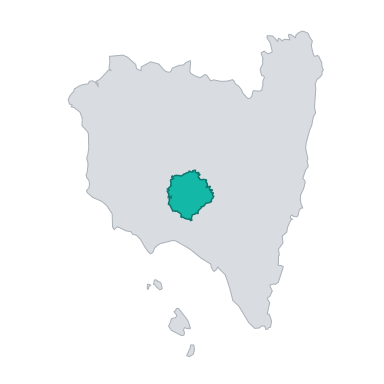 where Cuenca sits in Spain, rotated 92°
{"feature_id": "ESP-5818", "entity_name": "Cuenca", "entity_type": "Autonomous Community", "adm_level": 1, "iso_a3": "ESP", "parent_name": "Spain", "parent_adm1": "", "projection": "orthographic", "projection_center": [-2.034, 39.943], "detail": "fine", "context": "in_parent", "style": "filled", "palette": "teal", "viewbox_px": 384, "rotation_deg": 92, "n_neighbors": 0, "source": "natural_earth", "source_scale": "10m", "svg_char_len": 6403}
<svg xmlns="http://www.w3.org/2000/svg" viewBox="0 0 384 384"><g transform="rotate(92 192 192)"><path d="M204.1,80.8L204.1,81.9L206.0,84.1L211.8,85.3L213.2,86.2L213.0,89.1L211.6,91.7L212.8,92.8L214.2,92.8L215.9,90.7L216.2,92.0L218.9,93.3L224.6,95.5L228.7,95.8L233.0,100.3L239.8,99.3L246.1,103.6L251.9,102.5L253.2,103.3L262.2,103.2L262.6,99.6L263.6,98.1L279.3,102.6L281.4,105.6L281.1,107.1L282.1,110.7L284.1,110.5L288.1,108.3L293.6,110.6L295.1,112.7L296.2,112.8L300.1,110.5L311.1,112.5L311.4,110.8L312.1,110.3L316.6,108.5L318.4,108.0L324.3,108.8L325.1,110.9L326.3,111.6L326.9,113.3L323.6,114.6L323.4,117.6L325.6,120.1L326.1,124.6L320.6,130.7L304.3,141.3L299.0,147.4L286.6,151.0L273.7,155.8L266.1,163.8L268.1,164.4L270.6,167.0L269.8,168.2L266.5,170.1L263.4,170.7L257.9,180.5L250.2,190.6L247.4,195.2L241.3,206.9L241.3,210.2L244.7,221.7L246.5,224.7L249.1,227.2L253.9,229.2L255.2,231.3L253.6,233.4L248.8,237.1L240.6,242.2L237.1,246.1L236.4,249.8L233.9,251.5L233.1,256.7L229.8,264.0L229.6,265.9L232.3,268.5L229.7,270.2L216.7,271.0L208.6,276.7L204.6,281.7L200.9,291.0L196.4,296.5L194.4,297.5L191.4,295.1L187.5,294.7L183.8,295.5L181.8,297.4L178.8,298.5L175.8,297.5L169.3,296.9L166.5,297.0L162.0,298.5L158.1,297.4L151.7,296.7L137.6,297.6L135.8,298.2L129.4,304.3L122.5,304.2L116.3,306.6L111.9,312.5L111.0,315.8L109.8,314.9L108.9,315.2L108.3,317.6L103.9,319.0L99.2,316.8L95.3,313.6L93.2,313.3L90.0,308.4L88.7,305.3L87.8,302.0L87.8,299.8L84.9,298.3L84.3,295.3L86.7,291.5L89.7,289.5L86.9,289.6L84.9,292.0L82.6,287.9L72.8,279.5L73.5,276.8L71.7,278.8L70.5,279.3L65.3,278.6L59.3,279.2L57.6,265.9L59.3,261.4L66.5,252.7L70.7,251.7L72.6,247.2L68.8,247.2L63.3,237.8L65.3,229.6L71.6,223.7L72.8,221.2L73.1,218.9L72.1,217.2L68.9,216.1L65.9,209.3L65.4,205.1L62.8,202.6L60.8,198.4L62.8,197.9L71.2,198.4L73.3,197.5L75.0,194.8L76.8,190.4L77.4,187.6L74.3,183.5L74.2,182.7L74.8,181.4L80.1,177.3L79.2,174.0L80.4,167.2L80.2,163.2L79.8,159.9L78.3,155.5L79.6,153.8L82.3,152.5L84.5,149.2L87.7,146.4L91.8,144.3L96.7,139.4L96.1,137.1L94.6,135.7L88.9,134.5L88.6,133.4L88.9,127.9L87.5,125.6L85.5,125.7L82.4,124.6L81.6,125.2L77.6,124.8L74.9,123.6L73.7,124.4L73.2,126.3L68.4,128.1L65.8,127.8L61.5,125.8L56.6,126.1L56.0,125.6L51.7,127.6L50.3,127.6L48.7,124.8L51.3,120.9L49.6,117.1L48.3,116.8L40.3,119.0L35.5,122.3L33.7,122.6L33.1,121.9L33.3,116.8L38.4,111.7L35.5,111.1L35.8,109.5L37.9,107.1L36.1,105.1L36.5,99.6L32.2,101.0L31.1,100.7L31.3,98.5L34.2,94.2L31.5,93.5L29.6,91.7L27.4,87.9L27.5,86.0L29.3,81.6L33.1,79.8L36.9,77.0L41.7,77.9L49.2,75.9L51.8,74.7L51.9,72.8L51.1,71.3L52.0,70.1L58.2,66.8L61.7,66.6L65.5,65.0L67.8,66.3L70.0,66.1L72.3,67.6L75.3,71.1L80.0,72.7L83.8,71.9L103.1,72.5L108.7,71.2L112.8,73.4L121.0,74.6L125.9,76.5L139.6,79.7L144.6,79.9L154.6,77.4L157.3,78.1L161.4,76.8L163.3,77.1L165.7,79.1L174.5,81.8L176.8,79.6L178.6,79.2L184.9,80.6L191.3,83.4L194.6,83.6L199.4,82.8L204.1,80.8ZM327.8,194.7L330.3,195.7L332.7,194.6L334.1,194.8L335.4,195.2L335.9,197.3L331.1,207.7L326.9,210.7L322.4,208.8L319.9,208.4L319.1,207.6L318.3,204.4L317.2,203.4L315.5,203.0L312.2,205.8L311.1,204.1L309.5,203.9L308.8,202.9L308.8,201.5L318.7,193.1L321.6,191.2L327.8,188.9L328.8,189.1L328.0,190.3L328.9,191.4L327.8,194.7ZM356.6,188.7L355.8,191.6L347.9,188.4L345.4,188.1L344.8,187.6L344.9,184.8L349.9,184.0L354.1,185.1L356.6,188.7ZM286.5,225.1L285.7,227.2L281.8,226.6L280.9,225.8L281.7,223.5L282.7,223.2L282.8,221.6L283.9,220.0L289.3,218.4L290.5,219.5L290.8,221.0L287.7,224.6L286.5,225.1ZM290.6,233.0L290.0,233.5L285.8,233.2L285.7,231.9L286.5,230.0L288.1,231.8L290.5,232.1L290.6,233.0Z" fill="#d9dde1" stroke="#a8b0b8" stroke-width="1"/><path d="M220.2,191.2L220.6,192.4L220.3,192.7L219.3,193.2L219.1,193.4L219.1,193.6L219.3,194.0L219.3,194.5L219.3,195.0L219.3,195.5L219.2,196.0L218.8,197.7L218.6,198.2L218.5,198.5L218.2,198.9L217.6,199.9L217.6,200.2L217.5,200.5L217.7,201.2L217.7,201.5L217.6,201.8L217.4,202.0L217.2,202.1L216.8,202.3L216.3,202.3L216.1,202.2L215.9,202.1L215.5,201.9L215.2,201.9L214.8,202.0L214.3,202.4L213.8,203.0L213.6,203.2L212.7,204.9L212.5,205.3L212.2,205.6L211.9,205.8L211.8,206.2L211.7,206.3L211.7,206.5L211.8,206.6L211.8,206.8L211.8,207.0L211.8,207.3L211.8,207.5L211.8,207.8L211.9,208.0L211.7,208.2L211.7,208.3L211.7,208.7L211.5,209.2L211.4,209.5L211.4,209.8L211.5,210.0L211.8,210.4L205.8,213.7L205.1,215.1L203.2,214.9L202.1,214.3L199.5,214.6L198.6,213.2L198.8,212.8L197.0,212.5L198.1,215.5L195.0,215.1L192.0,216.8L191.2,215.0L190.5,215.1L189.9,216.6L186.4,213.0L186.0,213.5L185.0,213.5L183.7,213.1L182.6,213.7L180.6,213.8L179.4,211.2L178.4,212.6L177.1,212.7L176.7,212.2L177.4,211.4L176.5,210.1L175.9,208.7L176.1,204.5L176.5,203.2L174.3,200.6L173.9,199.2L173.2,198.4L172.8,196.8L171.9,195.8L171.2,195.5L171.9,193.7L171.9,191.9L170.8,192.0L170.1,189.9L170.3,189.3L171.5,189.3L172.0,189.1L172.4,188.8L172.7,188.6L172.8,188.3L172.8,188.1L172.7,187.9L172.6,187.7L172.4,187.2L172.3,186.8L172.2,186.5L172.3,186.3L172.6,186.4L172.8,186.0L174.0,186.5L173.9,185.2L174.5,184.7L175.7,186.0L176.6,186.4L176.8,186.4L177.1,186.2L177.3,185.9L177.5,185.3L177.7,185.1L178.8,184.9L179.0,184.7L179.4,182.9L179.0,181.0L179.3,178.3L180.2,177.9L181.4,178.7L182.4,177.5L183.7,176.9L184.4,176.9L185.0,177.0L186.6,178.0L186.7,177.9L186.8,177.8L186.9,177.6L186.9,177.4L186.8,177.2L186.7,176.9L186.2,176.6L186.0,176.3L186.0,176.1L186.2,175.5L186.2,175.4L185.8,174.8L185.7,174.5L185.8,174.1L186.2,173.9L186.9,174.8L187.0,174.9L188.6,174.2L189.4,174.4L189.6,174.4L189.7,174.1L189.6,173.7L189.0,172.8L189.0,172.5L189.0,172.2L189.2,171.9L189.4,171.8L189.7,171.8L190.2,172.1L191.1,173.0L191.4,173.0L191.6,172.9L191.9,172.6L192.0,172.3L192.1,171.9L192.1,171.0L192.2,170.7L192.5,170.6L193.2,171.1L194.0,171.4L194.5,171.3L194.9,171.2L195.1,171.0L195.2,170.8L195.4,170.2L195.7,170.2L197.2,170.8L198.5,172.1L199.4,172.5L199.7,172.5L200.4,172.2L200.7,172.2L201.0,172.4L202.0,174.3L202.8,177.7L204.0,178.6L204.7,178.9L205.2,179.3L206.2,180.7L206.3,181.2L206.3,181.5L206.2,181.8L206.3,182.2L206.4,182.3L206.5,182.2L207.1,182.1L207.7,182.4L210.3,184.9L210.7,185.2L210.9,185.3L211.2,185.1L211.5,185.1L211.8,185.2L212.2,185.3L212.5,185.3L213.1,185.2L213.2,185.3L213.3,185.6L213.3,185.8L213.3,186.0L213.1,186.4L213.0,186.7L212.9,187.4L213.0,187.5L213.8,188.0L214.0,188.4L214.1,188.8L214.8,190.9L215.0,191.1L215.5,191.1L217.1,191.4L217.8,191.6L218.2,191.7L218.4,191.6L218.6,191.5L219.1,191.5L219.5,191.4L220.2,191.2Z" fill="#14b8a6" stroke="#0f766e" stroke-width="1.5"/></g></svg>